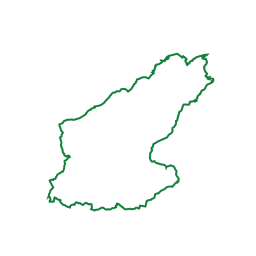 outline of Rau De Mori, Hunedoara, Romania, rotated 20°
{"feature_id": "2599482B8520908508644", "entity_name": "Rau De Mori", "entity_type": "district", "adm_level": 2, "iso_a3": "ROU", "parent_name": "Romania", "parent_adm1": "Hunedoara", "projection": "equal_earth", "projection_center": [22.785, 45.403], "detail": "fine", "context": "isolated", "style": "outline", "palette": "green", "viewbox_px": 256, "rotation_deg": 20, "n_neighbors": 0, "source": "geoboundaries", "source_scale": "gbopen_adm2", "svg_char_len": 5786}
<svg xmlns="http://www.w3.org/2000/svg" viewBox="0 0 256 256"><g transform="rotate(20 128 128)"><path d="M121.1,216.9L124.9,216.9L125.3,216.3L126.1,215.6L127.1,215.4L128.7,214.0L130.5,211.9L131.8,211.4L135.0,212.2L136.2,211.9L136.9,211.1L138.6,210.9L139.3,210.6L140.7,208.7L142.1,208.1L143.9,206.5L143.8,206.2L143.2,205.6L143.1,205.2L143.9,204.4L143.5,202.9L143.8,202.6L146.2,202.9L147.2,203.5L149.3,204.2L149.7,204.1L150.0,204.4L152.9,205.4L156.0,204.2L157.7,203.1L159.1,203.1L161.8,201.7L162.8,200.1L164.2,199.7L165.4,200.1L165.8,200.0L166.1,199.0L165.8,196.9L168.1,196.3L171.2,195.8L170.6,190.2L171.1,189.5L174.2,187.5L174.7,186.4L176.2,185.2L176.6,184.2L176.2,181.1L178.0,179.3L179.1,178.9L179.5,177.6L180.5,175.8L181.4,174.7L182.3,174.0L183.8,172.0L184.7,170.4L185.7,169.5L188.5,168.2L189.8,168.0L189.8,167.7L190.8,165.6L191.0,164.4L191.9,163.4L192.1,162.4L192.4,162.2L192.6,161.7L193.1,162.0L193.2,161.6L193.4,161.7L193.7,161.2L193.5,160.9L193.3,159.8L193.1,159.7L193.2,158.7L192.7,157.9L190.6,156.7L189.5,155.8L189.0,155.0L188.4,152.2L187.7,151.4L186.0,150.4L185.0,149.0L184.1,148.6L180.7,148.5L180.2,149.2L177.4,151.3L177.4,151.9L176.8,151.0L174.7,150.2L170.5,151.1L170.2,150.8L169.6,151.0L168.2,150.9L168.0,151.2L167.0,151.3L165.5,151.0L164.6,150.3L164.0,150.2L163.4,150.5L162.7,151.3L161.9,151.4L160.4,150.6L158.7,148.6L158.3,146.2L157.5,144.4L158.0,142.3L158.2,140.3L157.3,139.8L157.0,138.7L157.1,138.1L157.6,137.9L157.8,137.2L157.7,135.9L157.4,135.3L157.4,134.5L157.6,134.0L158.9,132.9L160.6,130.5L167.9,123.5L168.5,120.9L169.1,119.8L170.3,118.5L171.0,116.2L170.8,115.2L170.0,113.9L169.8,112.8L170.8,111.5L171.2,110.0L171.7,109.1L171.5,108.2L171.5,107.0L170.7,104.9L171.5,104.2L171.6,103.6L171.4,102.5L171.1,102.0L171.4,100.9L171.1,100.3L171.0,99.2L171.2,98.7L170.9,97.8L171.0,97.1L170.7,95.8L171.6,94.0L172.1,93.5L172.3,92.2L172.1,91.2L172.3,90.4L171.9,88.6L172.4,86.9L174.7,86.0L175.8,85.8L177.3,85.1L177.5,83.7L177.2,82.5L177.5,81.8L178.1,81.8L179.7,80.9L180.6,79.8L181.1,80.1L181.4,79.5L181.8,80.2L182.1,80.0L182.0,79.4L182.5,79.7L183.1,79.2L182.9,78.1L182.6,77.6L182.9,76.2L182.6,75.6L182.7,74.8L182.5,74.4L183.7,72.1L184.1,71.8L183.8,71.0L184.3,70.4L184.4,69.9L184.3,68.2L184.6,67.9L184.6,67.5L185.1,67.2L186.5,65.7L186.5,65.3L187.0,64.0L186.9,63.1L187.5,60.4L187.7,60.0L189.6,58.5L190.1,57.7L190.8,57.2L191.8,55.6L190.8,55.2L191.8,54.2L191.7,53.4L191.1,52.7L189.6,52.8L188.6,53.5L188.3,54.2L187.8,54.2L187.2,53.8L187.2,52.3L186.8,52.6L186.9,53.9L186.7,54.5L186.0,54.4L185.7,54.2L186.0,53.3L185.2,53.0L184.3,53.1L183.1,52.5L183.8,50.3L183.7,49.9L183.3,49.7L181.5,48.7L179.5,46.5L179.4,46.0L178.8,45.3L179.0,44.5L178.6,43.9L179.9,40.6L179.6,40.1L179.7,39.2L179.2,38.2L178.5,37.9L177.9,36.7L174.8,37.2L174.5,36.6L174.1,36.8L173.9,36.0L175.6,35.0L175.8,33.5L177.0,32.7L177.3,32.0L174.1,33.5L173.4,34.1L172.6,35.2L171.2,35.5L170.4,36.4L167.9,38.2L167.7,39.0L166.5,40.1L166.5,40.7L165.5,41.4L165.3,42.0L165.6,42.5L165.6,42.9L164.5,43.4L163.5,44.6L163.7,45.4L163.2,45.8L163.1,46.9L162.2,47.4L162.1,48.5L161.8,48.4L161.6,47.9L161.1,47.8L160.9,47.2L161.0,46.8L159.8,46.4L158.9,45.4L158.9,44.7L159.5,44.2L159.6,43.4L157.6,42.4L155.3,41.7L155.1,43.2L148.9,41.4L141.5,46.4L141.7,46.9L141.1,47.3L141.6,47.6L141.1,47.9L141.4,48.1L141.5,48.2L141.4,49.1L140.9,49.1L141.1,49.5L141.3,49.5L141.2,49.6L141.4,49.7L141.1,49.9L140.8,49.8L140.4,50.4L139.9,50.0L139.8,50.7L140.0,50.8L139.4,51.2L139.5,51.6L139.3,51.9L139.7,52.0L139.6,52.7L139.5,52.8L138.2,52.7L136.1,53.2L137.4,54.5L137.3,54.9L135.2,57.5L134.4,58.1L133.5,58.3L132.4,60.0L133.0,60.3L132.6,62.1L132.9,62.9L132.9,63.8L133.0,63.9L132.8,64.6L132.6,64.7L132.5,65.2L132.7,65.4L132.3,65.6L132.4,65.9L131.9,66.0L132.4,66.7L132.0,67.2L132.7,67.2L133.5,67.7L131.6,70.6L130.8,73.8L130.1,74.5L128.0,74.1L125.4,74.9L123.7,75.9L121.2,78.5L120.6,78.6L120.1,79.1L119.8,79.6L120.0,80.2L119.9,81.4L119.6,81.9L119.9,82.6L119.5,83.7L118.6,84.9L118.7,86.5L118.3,87.3L117.8,90.1L115.8,93.4L115.6,93.7L112.6,92.4L109.5,93.0L108.4,93.9L107.7,96.2L107.1,96.6L105.2,97.1L104.4,97.8L104.1,98.7L103.8,99.1L102.1,99.7L101.2,101.0L99.8,105.0L99.7,106.0L98.5,108.2L96.8,112.7L94.8,115.5L94.1,116.2L92.9,117.1L89.2,119.3L89.8,120.1L88.6,120.8L87.9,121.8L86.8,122.5L86.6,123.8L85.8,124.2L84.7,125.4L84.3,126.4L84.3,127.1L83.6,128.2L83.8,129.2L81.4,132.6L78.9,135.5L74.3,138.9L73.8,139.1L72.4,139.1L70.1,140.3L68.3,140.9L67.6,141.4L67.4,141.9L66.0,142.8L65.4,143.5L65.2,144.2L65.1,145.1L64.9,145.6L62.3,148.2L63.1,149.7L64.1,150.6L66.2,153.4L68.3,154.5L68.4,155.1L67.9,157.1L68.4,158.8L67.5,159.8L67.4,160.3L70.4,164.3L70.7,165.6L70.7,166.4L71.0,167.5L71.8,168.1L72.6,169.5L73.2,169.8L73.8,170.6L73.9,171.1L75.3,173.3L76.2,173.8L76.8,174.0L76.8,174.5L77.0,174.8L79.0,175.9L80.0,175.6L80.7,174.6L82.0,174.3L82.7,174.6L83.1,175.1L82.7,175.3L82.4,176.1L81.7,176.8L81.5,178.1L81.1,178.9L79.7,180.6L80.0,181.5L81.1,183.1L81.1,185.4L81.7,187.5L81.8,188.8L81.8,191.2L80.4,192.1L79.8,193.5L79.1,193.9L77.6,196.1L77.5,197.7L77.1,198.8L77.2,200.5L75.8,201.3L75.6,202.4L73.8,202.6L72.4,204.2L73.5,205.4L78.0,209.3L78.0,209.6L77.5,210.4L77.5,211.2L76.5,212.7L76.7,216.0L76.4,216.9L76.7,218.2L76.8,219.8L76.9,219.6L78.2,219.8L79.3,220.8L79.5,222.1L79.3,223.1L79.7,224.0L80.3,223.5L82.4,223.2L82.5,222.8L83.3,222.4L82.8,218.5L83.4,218.4L84.3,218.4L84.7,218.9L86.1,218.9L87.5,219.3L89.0,218.9L89.8,218.2L89.2,218.9L89.1,219.5L89.2,220.0L89.9,220.9L91.5,221.5L93.2,222.4L95.1,222.1L96.8,222.7L100.6,222.6L100.5,221.3L101.2,219.7L103.1,218.4L103.7,218.6L104.1,218.3L104.2,218.0L104.1,217.5L104.1,216.8L104.9,215.4L105.2,215.3L107.3,215.7L107.9,215.2L109.1,215.2L111.6,215.8L112.3,215.3L113.0,213.7L114.3,212.6L117.0,213.2L117.6,213.1L117.7,212.6L119.2,212.4L119.8,212.1L120.2,212.8L121.1,214.7L121.3,216.2L121.1,216.9Z" fill="none" stroke="#15803d" stroke-width="2"/></g></svg>